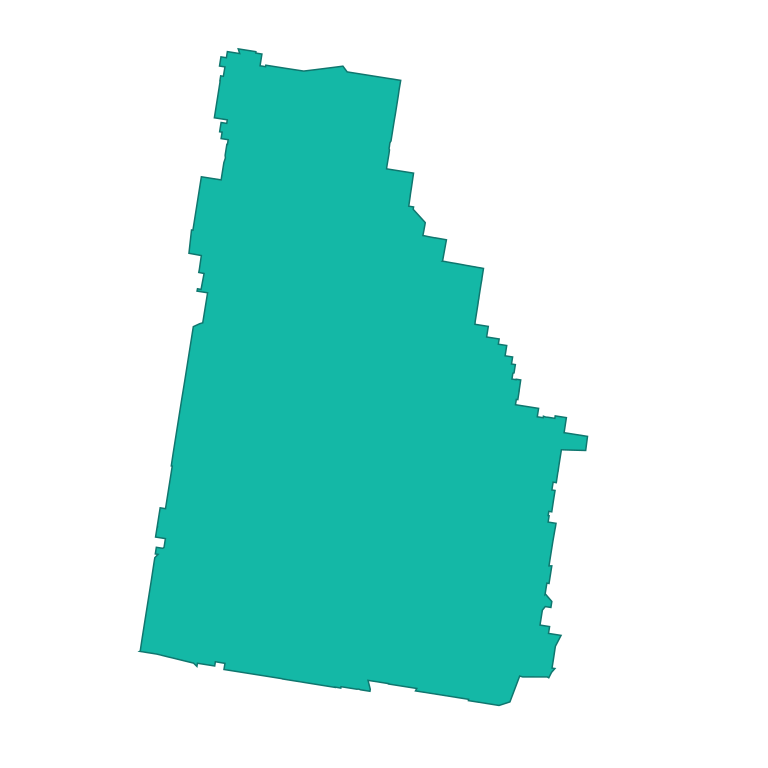 the district of Katanning, Western Australia, Australia, rotated 99°
{"feature_id": "25037944B94110641032660", "entity_name": "Katanning", "entity_type": "district", "adm_level": 2, "iso_a3": "AUS", "parent_name": "Australia", "parent_adm1": "Western Australia", "projection": "equal_earth", "projection_center": [117.615, -33.625], "detail": "fine", "context": "isolated", "style": "filled", "palette": "teal", "viewbox_px": 768, "rotation_deg": 99, "n_neighbors": 0, "source": "geoboundaries", "source_scale": "gbopen_adm2", "svg_char_len": 4151}
<svg xmlns="http://www.w3.org/2000/svg" viewBox="0 0 768 768"><g transform="rotate(99 384 384)"><path d="M648.7,583.1L662.2,583.1L671.5,583.1L685.9,583.0L686.3,583.5L686.3,566.2L687.4,553.7L687.6,550.6L689.5,528.4L692.2,524.6L689.0,524.6L689.0,507.1L684.7,507.1L684.7,506.9L684.8,497.4L691.0,497.4L691.0,497.1L691.0,465.5L691.0,460.1L691.0,438.6L691.2,438.4L691.3,391.6L691.3,385.3L691.3,384.8L691.0,384.9L691.1,379.1L689.7,379.1L689.7,363.3L689.3,361.2L689.7,359.3L689.7,349.8L687.7,349.8L679.2,353.4L679.2,353.1L679.2,332.6L679.6,332.6L679.6,304.0L682.2,304.9L682.2,251.3L682.2,251.1L683.5,251.1L683.5,220.1L678.3,209.9L651.2,204.3L651.6,201.3L647.8,176.9L648.3,175.6L648.4,175.3L642.6,173.4L638.3,170.7L638.3,173.6L629.3,173.6L616.3,173.7L604.6,169.8L604.6,182.5L600.9,182.5L597.7,182.5L597.7,192.2L582.6,192.2L578.6,189.9L578.6,184.2L572.9,184.2L572.6,184.2L566.1,191.8L566.4,192.0L555.2,192.0L555.2,189.8L546.5,189.8L537.4,189.8L537.8,192.6L537.7,192.6L516.7,192.6L513.6,192.6L501.1,192.4L498.9,192.3L494.7,192.3L494.7,200.3L488.3,200.3L488.3,201.3L484.0,201.3L484.0,198.3L473.2,198.4L462.4,198.4L462.4,201.6L460.1,201.6L454.5,201.6L454.5,198.4L444.0,198.5L443.4,198.4L436.2,198.5L421.2,198.5L420.3,191.2L418.1,174.4L403.9,174.8L403.9,198.5L388.7,198.6L388.7,209.7L388.7,209.9L391.2,209.9L391.2,216.9L391.4,219.0L390.9,221.5L392.4,221.5L392.4,227.5L383.9,227.5L383.9,240.4L383.9,250.9L378.5,250.9L378.5,249.4L370.0,249.4L369.9,249.4L369.9,249.5L358.6,249.6L358.6,254.2L359.1,254.2L359.1,258.4L353.2,258.4L352.7,257.3L344.3,257.3L344.3,261.2L337.2,261.2L337.2,268.8L326.8,268.8L326.8,277.3L321.5,277.3L321.5,290.0L310.8,290.0L310.8,303.5L308.3,303.7L306.2,303.7L301.0,303.7L298.4,303.7L295.8,303.7L293.0,303.7L289.8,303.7L287.3,303.8L284.8,303.7L281.6,303.8L277.6,303.8L274.0,303.8L269.4,303.8L265.6,303.7L263.5,303.8L260.8,303.8L257.8,303.8L256.0,303.8L254.3,303.8L254.2,306.3L254.2,310.3L254.1,311.9L254.1,312.4L254.1,315.7L254.0,318.1L254.0,321.0L253.9,323.8L253.8,327.8L253.7,332.2L253.7,335.7L253.6,340.0L253.6,341.1L253.6,341.5L253.5,341.9L253.5,342.3L253.5,342.5L253.5,343.6L253.5,344.6L253.5,345.5L253.4,345.4L232.0,344.9L231.8,344.9L231.6,356.3L231.7,356.5L231.5,363.4L231.3,367.0L231.3,368.8L228.5,368.7L221.0,368.5L220.3,368.5L218.2,368.5L217.8,368.9L206.9,382.5L204.5,382.5L204.5,383.9L204.5,387.4L203.1,387.4L201.6,387.4L194.7,387.5L192.0,387.6L190.6,387.6L189.8,387.6L186.4,387.6L171.1,387.8L171.1,393.8L171.1,396.2L171.1,399.8L171.1,403.1L171.1,409.5L171.1,411.6L171.1,414.1L171.1,414.8L171.1,415.1L169.4,415.2L166.5,415.2L155.9,415.1L152.4,415.2L152.2,415.2L151.9,415.2L151.2,415.6L150.8,415.8L150.5,415.8L150.0,415.9L148.8,415.8L146.0,415.9L145.3,415.9L144.9,415.9L144.6,415.8L144.0,415.6L143.5,415.4L143.1,415.2L142.9,415.1L142.6,415.1L142.4,415.1L139.6,415.1L136.4,415.1L134.9,415.1L132.7,415.1L128.4,415.1L125.5,415.1L121.8,415.1L116.5,415.0L112.2,415.0L109.1,415.0L106.2,415.0L100.1,415.0L96.5,415.0L90.6,415.1L81.5,415.0L81.5,442.0L81.5,447.5L81.5,452.8L81.5,469.2L76.5,474.3L78.1,479.7L84.4,501.4L87.5,512.3L87.6,530.8L87.6,550.6L89.1,550.6L89.1,556.2L77.2,556.2L77.2,562.4L75.9,562.4L75.8,562.6L75.8,580.4L80.2,578.2L80.2,578.3L80.2,590.7L86.4,590.7L86.4,596.2L95.7,596.2L95.7,590.7L105.2,590.8L105.2,593.5L110.2,593.5L110.2,593.2L128.1,593.2L147.6,593.2L147.6,580.1L151.2,580.1L151.2,585.8L160.6,585.8L160.6,583.3L167.1,583.3L167.1,576.1L171.9,576.1L171.9,576.7L182.9,576.7L185.6,576.0L190.4,576.8L207.9,576.8L207.9,596.8L227.5,596.8L255.6,596.8L262.0,596.8L262.0,598.2L285.4,597.1L285.7,584.5L293.2,584.4L299.8,584.3L302.8,584.4L303.0,579.0L319.2,579.5L319.1,583.1L321.5,583.2L321.5,572.5L351.9,572.6L353.3,575.5L357.2,581.3L377.6,581.3L394.9,581.3L412.2,581.3L429.7,581.4L461.9,581.4L476.8,581.4L486.4,581.4L498.2,581.3L498.2,580.3L498.3,580.3L511.1,580.3L512.1,580.3L516.4,580.3L525.8,580.3L527.1,580.3L534.0,580.3L541.3,580.3L541.3,585.7L560.2,585.7L560.2,585.4L560.9,585.4L560.9,585.7L569.2,585.7L570.9,585.7L570.9,575.7L579.9,575.7L580.9,576.9L580.9,583.3L587.6,583.3L587.6,580.5L591.4,583.2L597.7,583.2L598.0,583.2L614.2,583.1L638.6,583.1L648.7,583.1Z" fill="#14b8a6" stroke="#0f766e" stroke-width="1.5"/></g></svg>